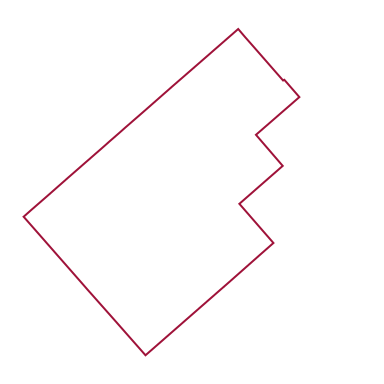 outline of 2 de Abril, Chaco, Argentina, rotated 319°
{"feature_id": "61730980B81782209111955", "entity_name": "2 de Abril", "entity_type": "district", "adm_level": 2, "iso_a3": "ARG", "parent_name": "Argentina", "parent_adm1": "Chaco", "projection": "albers", "projection_center": [-61.281, -27.639], "detail": "fine", "context": "isolated", "style": "outline", "palette": "rose", "viewbox_px": 384, "rotation_deg": 319, "n_neighbors": 0, "source": "geoboundaries", "source_scale": "gbopen_adm2", "svg_char_len": 716}
<svg xmlns="http://www.w3.org/2000/svg" viewBox="0 0 384 384"><g transform="rotate(319 192 192)"><path d="M335.3,190.8L335.3,168.1L335.2,168.0L335.2,167.8L334.3,167.7L333.9,167.6L333.8,127.5L333.7,109.8L333.8,99.3L277.0,99.4L271.3,99.4L248.5,99.4L246.3,99.4L208.1,99.6L205.5,99.6L184.2,99.6L174.6,99.7L173.6,99.7L170.9,99.7L162.9,99.7L155.9,99.8L108.1,99.9L78.1,100.1L74.0,100.1L72.9,100.1L58.9,100.1L48.7,100.2L48.8,118.8L49.1,191.4L49.1,197.2L49.5,237.4L49.5,237.8L49.8,284.7L83.8,284.6L150.0,284.4L155.1,284.4L155.3,284.4L157.1,284.4L202.8,284.0L220.0,283.9L220.0,249.4L220.0,234.9L220.0,232.0L246.2,231.9L277.6,231.8L277.6,227.9L277.8,190.8L335.3,190.8Z" fill="none" stroke="#9f1239" stroke-width="2"/></g></svg>